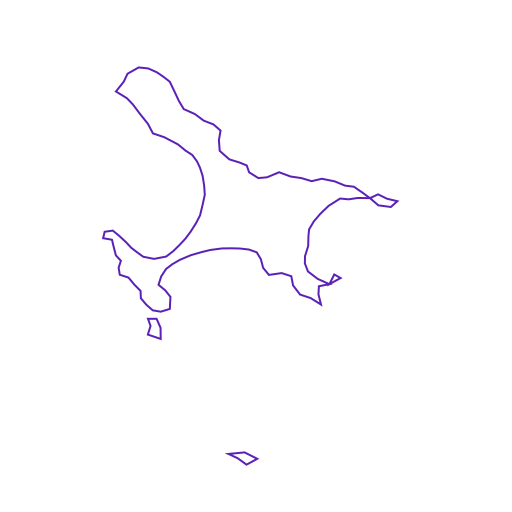 Bombinhas, Santa Catarina, Brazil, rotated 81°
{"feature_id": "56859067B26603049963849", "entity_name": "Bombinhas", "entity_type": "district", "adm_level": 2, "iso_a3": "BRA", "parent_name": "Brazil", "parent_adm1": "Santa Catarina", "projection": "natural_earth1", "projection_center": [-48.508, -27.166], "detail": "fine", "context": "isolated", "style": "outline", "palette": "violet", "viewbox_px": 512, "rotation_deg": 81, "n_neighbors": 0, "source": "geoboundaries", "source_scale": "gbopen_adm2", "svg_char_len": 1871}
<svg xmlns="http://www.w3.org/2000/svg" viewBox="0 0 512 512"><g transform="rotate(81 256 256)"><path d="M295.3,187.9L288.3,198.6L279.4,207.1L270.9,208.9L263.8,207.6L254.3,202.9L244.6,201.1L238.0,199.4L230.8,193.4L224.4,185.9L217.8,176.4L212.4,163.9L214.5,155.7L214.6,146.4L216.7,134.4L210.6,140.4L202.9,148.5L200.4,157.1L194.6,166.6L190.0,178.9L190.8,189.3L186.1,199.1L182.9,209.4L176.9,220.1L180.0,232.8L179.4,241.5L172.3,249.7L165.1,251.0L161.0,257.8L156.4,267.2L146.5,275.4L135.7,274.5L126.6,271.4L119.4,277.4L114.1,286.5L106.2,294.2L99.6,304.4L90.8,307.9L81.1,310.7L70.4,313.9L64.5,319.4L59.1,325.1L53.9,333.1L51.4,342.4L55.9,354.4L63.1,359.3L71.6,368.6L80.0,358.8L87.2,353.8L97.1,348.6L108.5,342.1L118.8,338.6L124.4,327.9L133.6,315.6L140.8,309.2L146.3,303.1L153.5,299.4L160.1,297.5L168.4,296.2L178.4,296.2L187.5,297.0L196.8,300.6L207.1,304.9L214.2,310.1L221.7,316.7L228.0,323.2L233.0,329.6L238.2,336.9L242.5,344.8L242.9,357.1L239.1,367.5L234.1,372.5L228.3,378.0L221.9,382.3L214.9,387.8L208.5,393.5L208.4,401.7L214.5,404.2L217.4,395.7L224.1,395.2L233.4,394.3L239.6,390.2L246.1,393.5L253.2,393.5L257.4,385.3L265.3,380.6L272.4,375.5L279.8,376.3L286.9,372.0L293.5,366.5L296.1,358.8L294.8,349.4L283.0,346.9L275.6,351.1L269.2,356.8L261.3,352.8L254.7,346.8L251.0,339.9L247.9,331.9L245.0,320.2L243.6,308.7L242.9,300.2L243.2,288.5L244.6,278.7L246.1,270.7L248.5,262.0L252.5,254.7L259.9,251.7L268.8,250.8L276.7,246.2L276.9,233.3L281.5,224.3L290.8,224.0L301.0,218.5L306.1,208.6L314.1,199.4L303.6,200.3L295.7,198.6L295.3,187.9ZM323.0,363.1L312.0,361.5L302.5,364.0L301.1,372.5L308.6,371.1L316.7,375.1L323.0,363.1ZM216.7,134.4L225.1,127.2L228.7,115.2L224.0,107.8L219.9,117.7L214.2,125.8L216.7,134.4ZM452.9,305.7L460.6,298.0L456.5,286.5L448.2,298.0L447.2,314.2L452.9,305.7ZM295.3,187.9L291.0,175.9L286.5,181.6L295.3,187.9Z" fill="none" stroke="#5b21b6" stroke-width="2"/></g></svg>